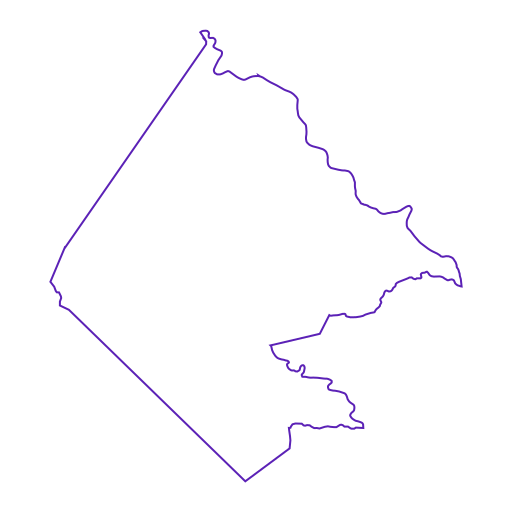 the district of Six Miles/Descatier, Soufrière, Saint Lucia
{"feature_id": "8701671B56645509731346", "entity_name": "Six Miles/Descatier", "entity_type": "district", "adm_level": 2, "iso_a3": "LCA", "parent_name": "Saint Lucia", "parent_adm1": "Soufrière", "projection": "albers", "projection_center": [-60.969, 13.841], "detail": "fine", "context": "isolated", "style": "outline", "palette": "violet", "viewbox_px": 512, "rotation_deg": 0, "n_neighbors": 0, "source": "geoboundaries", "source_scale": "gbopen_adm2", "svg_char_len": 6012}
<svg xmlns="http://www.w3.org/2000/svg" viewBox="0 0 512 512"><path d="M50.4,281.8L54.2,286.7L55.8,291.0L56.8,292.3L59.0,292.4L60.9,296.3L61.2,298.0L59.9,301.6L59.9,305.5L68.9,309.8L245.3,481.3L289.6,448.4L290.4,440.4L290.0,436.0L289.2,430.5L288.9,428.0L289.4,428.1L290.5,427.7L290.8,426.7L292.5,424.3L295.4,423.5L301.8,423.7L303.6,425.4L305.1,425.7L307.1,425.1L309.7,425.3L311.5,426.7L314.2,428.1L316.8,428.0L319.5,428.5L324.8,426.8L327.9,426.3L330.4,426.8L333.7,427.1L336.5,427.1L340.0,424.9L341.3,424.7L342.8,425.2L344.4,426.6L348.0,426.6L350.2,428.1L351.4,428.7L354.2,428.7L355.9,427.6L363.3,428.0L363.1,424.4L362.6,423.4L362.2,423.0L361.6,422.6L360.1,422.0L358.0,421.3L355.8,420.8L354.6,420.2L352.5,418.8L351.4,417.7L350.6,416.5L350.2,415.7L350.2,415.0L350.6,414.1L351.5,412.8L352.9,411.7L353.8,410.7L354.1,410.1L354.4,408.0L354.4,407.2L354.2,405.9L354.0,405.4L353.5,404.7L350.4,402.6L349.1,401.4L347.7,399.3L346.8,396.4L346.0,394.7L345.4,394.0L345.0,393.6L344.3,393.2L339.2,391.5L336.1,390.9L334.8,390.7L333.1,390.6L330.7,390.1L329.1,389.6L328.5,389.0L328.0,387.5L328.0,386.2L328.6,385.3L329.3,384.5L330.6,383.6L331.6,382.6L331.7,382.3L331.7,381.0L331.4,380.7L330.3,379.9L329.0,379.3L328.2,379.0L327.0,378.7L324.2,378.6L317.7,377.8L313.4,377.6L310.3,377.7L307.7,377.3L306.6,377.0L305.3,376.8L303.0,376.8L302.3,376.7L301.9,375.7L301.7,374.9L301.9,374.4L303.3,372.9L303.8,372.1L304.0,371.4L304.6,368.5L304.6,367.4L304.3,366.3L303.7,365.5L303.2,365.2L302.1,365.3L301.2,365.9L300.7,366.5L300.2,367.4L299.7,369.8L299.3,370.3L297.3,371.5L296.1,371.4L295.4,371.3L294.6,370.7L293.9,370.4L292.0,370.5L291.2,370.3L290.5,369.9L289.3,369.1L288.3,368.1L287.4,366.3L287.1,365.3L287.0,364.7L287.2,364.0L287.6,363.6L288.6,362.9L288.9,362.5L288.9,362.2L288.5,361.5L288.0,361.1L286.9,360.6L285.9,360.5L283.8,359.8L281.5,359.4L278.9,358.6L277.6,358.0L276.6,357.2L275.2,355.7L273.2,352.6L272.1,350.1L271.3,346.5L271.0,345.9L270.5,345.4L319.8,333.8L329.3,315.1L330.2,315.7L331.5,315.7L333.1,315.4L337.2,315.2L339.1,314.9L342.5,313.9L344.5,313.8L345.3,314.1L345.5,314.4L345.9,315.8L346.9,316.5L350.5,317.3L355.9,317.2L359.9,316.6L362.9,315.9L365.4,314.6L366.3,314.3L370.8,312.9L373.3,312.5L374.5,312.2L375.5,310.4L376.3,309.3L377.3,308.4L378.5,307.5L379.8,306.1L380.1,304.8L381.2,302.8L381.3,302.3L381.2,301.9L380.4,300.3L380.3,299.5L380.5,298.9L381.1,298.1L382.6,296.7L383.1,296.0L383.8,294.7L384.3,292.7L384.6,292.1L384.9,291.5L385.5,291.0L386.1,290.6L386.6,290.6L387.3,290.8L388.9,291.5L390.1,291.4L390.9,291.1L391.5,290.7L392.2,289.9L393.3,287.8L394.7,286.8L395.3,286.2L395.6,285.4L395.8,284.0L396.9,282.9L399.0,281.8L406.2,279.0L408.3,278.1L409.4,277.5L411.6,277.4L411.9,277.5L412.6,278.2L414.1,279.0L415.5,279.2L415.8,278.9L416.4,278.7L416.8,278.3L420.6,278.3L421.3,277.7L421.4,277.2L421.4,276.9L421.2,276.6L421.1,275.7L420.8,274.4L421.1,273.8L422.2,272.9L424.5,272.7L425.3,272.4L426.1,271.9L426.9,271.7L428.1,272.8L429.6,275.0L430.4,275.6L431.5,276.2L433.8,276.6L439.5,276.4L440.8,276.6L441.8,276.9L443.4,277.6L444.2,278.3L447.4,280.2L448.6,280.2L449.9,279.7L451.6,279.4L452.2,279.5L453.2,279.9L453.6,280.1L454.1,280.8L455.2,283.4L456.6,284.7L458.0,285.5L459.2,285.8L460.5,286.3L461.6,286.5L460.8,279.1L459.9,276.1L459.6,273.5L459.0,271.9L458.6,270.3L457.8,268.6L457.3,268.1L456.7,266.9L456.6,265.0L455.6,262.2L455.0,261.4L454.0,259.8L453.0,258.4L451.9,257.6L450.9,257.1L448.7,256.3L446.4,256.2L445.3,256.3L444.7,256.5L442.8,256.8L441.2,256.4L440.7,256.2L439.9,255.3L437.2,253.6L432.4,251.3L430.4,250.2L428.1,248.7L420.8,243.2L419.3,241.8L414.6,236.4L410.4,230.8L408.3,228.8L407.6,228.0L407.1,226.7L406.8,225.7L406.7,223.0L406.8,221.3L407.0,220.3L407.3,219.3L408.6,216.6L409.4,214.6L411.4,210.7L411.7,209.5L411.7,208.8L411.5,208.3L410.8,207.2L410.3,206.6L409.7,206.0L409.3,205.9L408.3,206.0L407.6,206.2L406.4,206.7L403.1,208.7L402.0,209.4L401.1,210.1L400.2,210.6L397.1,211.8L396.3,212.0L393.0,212.1L389.6,212.9L387.9,213.1L384.8,213.9L383.4,213.9L382.3,213.7L380.5,213.0L379.4,212.2L378.5,211.5L377.9,210.8L377.2,209.9L376.3,209.1L375.4,208.7L373.4,208.3L370.9,207.5L369.0,206.6L368.5,206.3L368.2,205.9L367.7,205.8L367.5,205.5L365.3,204.8L364.8,204.8L364.3,204.7L363.2,204.3L363.1,204.1L362.0,203.8L361.0,203.4L360.8,203.2L360.3,202.1L360.1,202.0L359.7,201.2L358.8,199.8L358.1,199.1L357.0,197.5L356.4,196.5L355.7,194.6L355.6,193.4L355.7,190.9L355.1,188.1L354.9,186.2L354.9,182.3L354.1,180.0L353.4,177.5L352.4,175.5L351.1,173.5L349.4,171.8L348.7,171.4L348.0,171.1L345.0,170.5L342.1,170.4L338.2,169.7L331.6,168.1L330.6,167.7L328.8,165.9L328.1,164.4L327.7,162.1L327.6,159.6L327.8,157.5L327.5,155.4L326.9,153.5L326.3,152.1L325.5,151.1L324.2,150.0L323.0,149.3L321.9,148.9L318.5,147.8L312.8,146.3L311.5,145.8L310.2,145.2L309.3,144.7L307.3,142.8L306.5,141.6L306.0,139.0L306.0,137.1L306.4,134.3L306.5,131.7L306.2,127.4L305.9,125.3L305.2,124.2L303.2,122.1L299.4,117.5L299.0,116.8L298.3,115.3L297.9,112.9L297.7,111.2L297.3,108.7L297.3,105.0L297.7,100.7L297.7,99.4L297.4,98.7L296.2,96.9L293.8,94.5L292.7,93.6L291.1,92.5L289.2,91.6L285.4,90.2L284.1,89.6L276.6,85.3L270.3,82.2L266.9,80.2L262.8,77.5L260.7,76.6L259.5,76.3L259.6,76.1L258.5,75.4L258.8,76.1L258.1,76.0L255.3,76.1L253.4,76.3L252.0,76.6L249.9,77.3L245.5,79.5L244.3,79.8L243.4,79.8L241.7,79.3L239.2,78.2L237.5,77.3L236.1,76.4L229.6,71.6L228.6,71.2L227.8,71.1L227.2,71.3L224.9,72.3L222.7,73.5L220.8,74.2L220.0,74.4L217.7,74.4L217.0,74.3L214.8,73.0L214.2,71.9L213.9,70.8L213.9,69.8L214.1,69.0L215.7,65.4L218.4,60.1L221.4,55.7L221.6,55.2L222.0,53.5L222.0,52.6L221.9,52.0L221.7,51.6L221.2,51.1L220.5,50.6L217.1,49.2L215.0,48.0L213.6,46.9L213.5,46.3L213.6,45.6L215.1,43.2L215.4,42.3L215.5,41.5L215.5,40.4L215.1,39.5L214.5,38.7L213.1,37.9L212.6,37.9L210.1,38.0L209.0,37.6L208.8,37.3L208.7,36.8L208.6,35.9L208.6,35.1L209.0,34.0L209.0,33.6L208.9,33.0L208.7,32.3L207.9,31.5L207.6,31.3L207.4,31.0L206.4,30.8L205.9,30.7L203.0,30.9L201.8,31.3L200.3,32.3L204.6,38.6L203.9,38.6L206.2,41.3L206.1,44.3L65.0,247.7L64.8,247.5L50.4,281.8Z" fill="none" stroke="#5b21b6" stroke-width="2"/></svg>